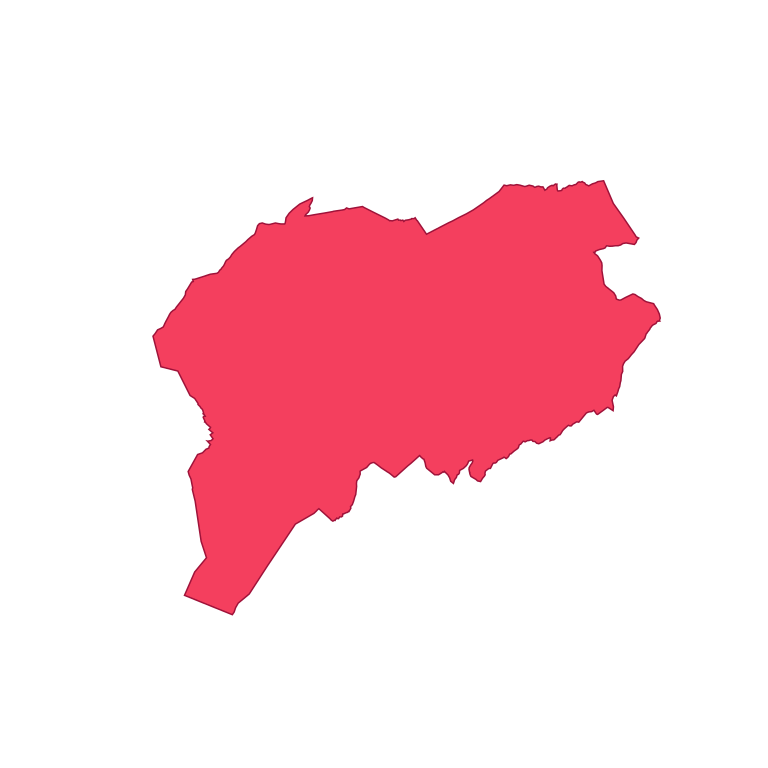 the district of Atlatlahucan, Morelos, Mexico, rotated 202°
{"feature_id": "50627088B89977310862444", "entity_name": "Atlatlahucan", "entity_type": "district", "adm_level": 2, "iso_a3": "MEX", "parent_name": "Mexico", "parent_adm1": "Morelos", "projection": "natural_earth1", "projection_center": [-98.903, 18.941], "detail": "fine", "context": "isolated", "style": "filled", "palette": "rose", "viewbox_px": 768, "rotation_deg": 202, "n_neighbors": 0, "source": "geoboundaries", "source_scale": "gbopen_adm2", "svg_char_len": 6159}
<svg xmlns="http://www.w3.org/2000/svg" viewBox="0 0 768 768"><g transform="rotate(202 384 384)"><path d="M597.3,316.4L580.0,318.8L559.5,300.7L554.1,299.7L549.1,296.3L548.8,295.3L545.9,294.1L545.1,293.3L543.6,292.8L542.2,291.8L540.3,289.3L540.6,288.6L539.3,288.3L537.7,287.1L539.2,286.3L539.1,285.3L536.3,282.7L536.1,281.6L535.5,281.8L533.7,280.6L529.2,279.0L528.6,278.9L528.7,277.7L529.4,276.3L524.4,274.6L526.1,271.8L522.0,269.2L523.0,266.9L525.9,265.0L526.4,264.9L522.2,262.9L522.7,260.6L522.4,259.0L524.6,256.8L526.5,252.2L530.4,248.8L532.8,229.5L530.5,226.5L527.4,223.6L524.1,218.5L522.4,216.0L522.4,215.3L522.2,214.4L517.9,208.4L517.5,207.8L515.3,204.8L494.6,169.6L483.5,156.4L489.1,138.8L489.8,113.3L438.2,113.3L437.5,116.5L437.8,121.0L437.1,126.2L430.3,138.8L423.9,171.9L413.7,220.9L400.5,237.8L399.1,240.9L398.7,242.1L397.7,244.0L383.7,238.9L381.9,238.0L380.0,237.7L379.1,238.9L378.2,239.2L378.3,240.0L377.8,240.9L377.5,242.0L376.4,241.8L375.7,242.1L375.3,244.2L373.6,244.9L373.0,246.0L373.2,246.3L373.2,246.9L373.6,248.0L373.3,248.3L373.0,248.2L370.7,250.7L370.2,250.9L369.4,251.8L369.1,252.7L368.7,252.7L368.2,256.4L369.1,257.7L368.2,260.3L368.3,264.0L368.8,268.5L368.8,270.9L371.0,278.7L372.3,281.5L373.0,284.1L372.1,287.5L372.3,290.0L372.3,291.5L373.5,294.1L373.2,294.7L368.8,300.1L367.5,304.0L366.8,305.3L365.3,306.7L363.8,307.5L359.6,306.5L355.1,305.2L348.9,304.0L348.2,303.8L346.6,303.6L344.3,303.0L339.7,301.5L338.4,302.4L331.3,317.0L329.4,320.4L324.2,331.0L322.1,330.0L319.8,329.2L318.7,329.2L318.0,328.2L316.4,326.4L314.4,323.3L312.9,321.9L303.0,318.8L299.4,320.3L297.0,323.6L296.5,324.7L295.5,324.6L295.3,325.6L290.7,323.7L288.0,321.6L285.7,318.8L282.4,317.8L282.5,320.0L282.7,320.8L282.4,323.0L282.0,323.9L281.9,324.9L282.1,326.1L282.0,327.5L281.1,328.1L280.8,329.6L281.2,331.2L281.5,332.2L278.8,335.5L277.1,339.1L276.7,340.9L276.6,342.0L276.6,344.2L273.4,346.7L272.8,345.9L272.7,344.1L272.9,342.8L273.2,342.0L273.7,338.4L273.2,336.7L272.0,334.8L271.3,334.1L271.4,333.9L270.5,332.6L269.0,331.0L268.5,330.8L263.0,330.0L261.0,329.2L257.9,329.7L257.3,333.5L256.4,336.2L256.2,337.7L257.0,339.1L257.3,341.3L255.2,344.9L253.7,345.6L253.3,350.6L253.0,351.6L251.1,352.5L250.4,353.5L249.9,355.9L245.9,360.2L245.3,361.1L244.2,361.0L242.8,360.6L242.0,361.9L241.4,363.4L241.2,366.1L240.2,366.7L238.1,370.8L235.8,374.4L235.6,375.8L235.8,377.8L235.7,378.4L234.7,379.5L233.6,382.9L233.0,383.3L231.5,383.2L229.7,385.3L228.5,385.8L227.1,387.0L225.7,387.4L224.5,386.6L222.3,387.2L220.4,386.3L218.1,386.6L214.9,390.1L213.9,392.2L212.1,394.3L210.0,396.4L209.4,396.3L208.7,393.6L207.3,395.0L206.3,395.4L205.4,396.1L204.8,397.4L204.5,398.2L203.8,399.6L202.9,402.0L201.8,402.9L201.4,404.5L200.9,407.7L200.0,410.0L198.0,414.1L197.5,414.8L195.8,414.8L194.5,415.5L194.1,417.2L191.2,421.1L189.1,421.6L185.5,433.0L183.7,434.8L181.1,436.2L179.5,438.3L176.1,436.0L175.3,435.7L174.8,435.7L174.4,436.0L170.9,441.6L168.3,445.9L167.3,446.2L161.6,445.1L162.7,448.8L166.3,454.2L166.5,455.4L166.5,457.0L166.6,458.2L165.6,460.4L164.1,460.0L164.3,464.6L164.6,467.3L164.5,469.8L165.4,473.7L165.6,475.8L167.5,481.9L167.4,485.1L169.4,489.7L169.5,492.5L169.0,495.5L167.0,499.0L165.6,503.8L164.2,507.5L162.5,516.1L159.4,523.8L159.4,525.1L159.5,526.1L159.7,528.7L159.3,529.6L159.1,530.8L158.6,532.5L158.1,534.2L158.1,535.6L157.7,536.8L157.4,538.1L156.6,539.7L154.7,541.8L154.5,542.1L154.2,544.3L154.0,544.6L152.8,545.2L151.9,545.7L152.4,546.0L152.6,548.6L154.9,552.0L158.5,555.5L162.9,558.5L164.1,559.5L171.6,558.5L174.4,558.8L177.3,559.8L181.3,560.2L184.8,561.0L187.0,560.7L192.4,554.8L195.9,550.6L197.2,549.9L200.4,549.8L202.1,552.4L205.2,554.7L215.0,557.6L217.4,559.1L224.4,570.7L226.2,575.5L227.5,577.9L229.7,579.8L233.5,582.5L234.2,582.9L237.1,583.7L238.8,584.7L237.5,585.6L237.6,586.6L234.6,589.4L231.3,591.7L230.0,593.0L229.5,595.2L229.3,595.6L226.5,596.2L224.0,597.3L221.4,598.8L218.6,600.0L216.6,601.6L215.2,603.7L212.3,605.5L204.1,607.2L203.3,609.6L203.4,612.2L202.5,614.7L205.3,614.9L207.1,616.3L223.7,627.5L239.0,637.3L256.5,654.7L261.5,651.8L263.2,649.7L265.8,647.6L268.4,644.4L270.6,644.6L271.6,644.5L273.3,645.6L274.9,645.6L276.0,646.0L277.4,644.7L278.8,644.5L279.6,643.8L280.8,640.9L282.2,640.0L283.9,638.2L286.7,637.5L288.3,635.0L288.9,634.3L289.4,633.4L291.1,632.7L291.7,631.3L291.8,630.0L292.1,629.8L293.5,628.9L295.0,628.1L296.0,628.8L298.1,632.7L298.5,634.1L298.8,634.0L299.0,633.6L299.9,633.7L300.3,633.2L301.5,631.1L302.6,631.2L304.4,629.4L305.9,627.1L306.0,625.9L307.4,623.9L310.4,626.3L312.4,625.5L314.6,625.4L316.3,624.4L317.6,623.0L318.0,622.8L319.7,623.3L321.1,623.2L323.9,622.7L326.3,620.6L327.5,619.8L332.3,619.3L335.6,618.6L338.2,616.8L341.4,616.0L344.5,613.8L347.2,613.4L349.4,605.6L355.8,595.3L357.7,592.6L359.4,589.5L366.4,578.9L371.4,572.6L377.2,566.1L381.4,561.0L384.5,557.7L400.7,538.8L414.3,547.9L414.9,548.0L417.4,549.8L418.1,548.6L420.4,547.7L420.4,547.2L422.8,545.4L425.6,543.8L426.5,542.1L427.9,543.0L429.6,541.8L430.4,542.1L431.9,541.3L432.9,542.1L437.5,538.3L439.2,537.9L439.8,537.5L440.1,537.5L441.0,537.8L444.8,538.3L458.1,539.3L468.7,540.2L470.4,540.5L482.0,533.3L484.7,533.2L485.9,531.0L488.0,529.6L495.4,525.3L496.4,524.5L502.6,520.6L511.8,515.0L517.2,511.6L520.2,510.3L520.1,511.6L518.6,515.0L518.3,517.4L518.4,519.5L519.7,520.4L519.8,522.4L519.4,524.1L519.2,527.2L520.0,529.9L520.8,529.1L523.7,525.6L527.5,521.5L529.5,519.3L533.7,511.8L535.9,506.8L537.1,501.4L536.3,498.2L535.9,496.1L536.0,495.2L539.4,493.8L541.9,493.2L545.0,492.6L549.5,489.3L550.6,488.7L553.6,487.9L557.2,487.7L559.6,486.0L560.5,483.5L560.1,479.3L559.9,475.7L560.1,474.0L562.0,471.4L564.3,466.9L565.4,464.2L569.0,457.5L570.2,455.6L572.4,450.8L573.6,447.0L574.0,444.3L574.9,441.9L576.4,439.7L576.5,439.2L576.7,438.2L576.8,435.3L577.0,433.4L578.0,430.4L578.2,429.1L578.9,428.1L579.3,425.6L580.3,424.1L586.2,420.7L596.9,411.7L598.8,410.2L600.6,409.3L599.2,407.6L600.5,406.5L601.8,398.5L602.5,395.5L601.6,392.2L602.1,388.4L605.3,377.5L605.8,374.9L607.1,373.2L608.4,370.7L608.9,368.3L609.1,365.6L609.7,360.2L609.9,357.6L609.9,355.8L610.1,354.1L611.8,351.9L614.2,349.4L615.1,345.0L616.1,341.8L597.3,316.4Z" fill="#f43f5e" stroke="#9f1239" stroke-width="1.5"/></g></svg>